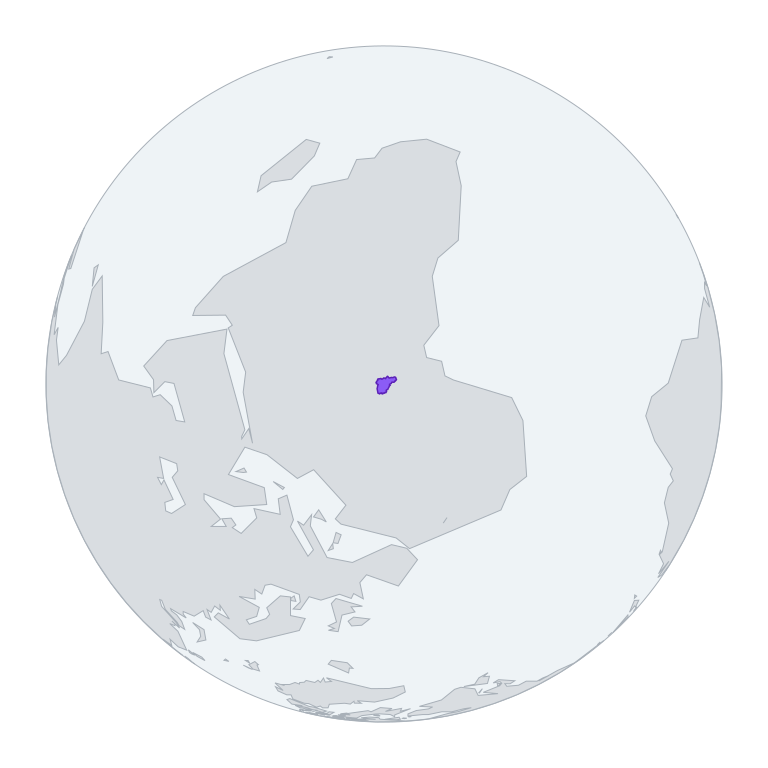 Borno on an orthographic globe, rotated 204°
{"feature_id": "NGA-2839", "entity_name": "Borno", "entity_type": "State", "adm_level": 1, "iso_a3": "NGA", "parent_name": "Nigeria", "parent_adm1": "", "projection": "orthographic", "projection_center": [13.296, 11.875], "detail": "fine", "context": "on_globe", "style": "filled", "palette": "violet", "viewbox_px": 768, "rotation_deg": 204, "n_neighbors": 0, "source": "natural_earth", "source_scale": "10m", "svg_char_len": 10763}
<svg xmlns="http://www.w3.org/2000/svg" viewBox="0 0 768 768"><g transform="rotate(204 384 384)"><circle cx="384" cy="384" r="338" fill="#eef3f6" stroke="#a8b0b8"/><path d="M277.3,63.4L279.1,62.8L267.3,67.1L268.8,67.1L261.0,70.0L268.9,67.7L275.7,65.1L281.4,63.4L283.0,63.5L273.3,66.9L271.1,67.3L269.1,68.4L263.6,70.3L267.2,69.4L255.3,74.2L269.1,69.8L261.4,74.0L253.0,77.1L251.2,76.2L227.3,84.9L218.2,89.6L207.1,96.2L191.8,108.8L182.8,115.0L172.6,123.8L178.7,120.0L188.9,112.0L197.7,108.2L209.1,100.0L214.3,97.7L227.1,90.4L227.9,92.4L221.7,98.8L211.2,105.3L208.2,108.7L220.5,103.9L203.0,118.7L195.3,133.8L190.4,138.2L177.0,142.5L171.3,137.8L153.9,147.5L167.9,142.7L155.6,155.4L154.7,158.5L157.0,159.3L162.7,155.3L159.1,160.5L143.8,166.1L146.9,161.4L151.7,159.4L148.9,157.8L138.6,163.5L133.2,170.4L123.3,174.8L119.3,180.1L114.9,184.7L121.9,175.6L109.1,192.7L96.6,206.7L78.9,239.1L93.0,212.2L106.0,191.9L120.5,172.5L136.3,154.1L153.4,137.0L171.7,121.1L191.0,106.6L211.4,93.5L232.6,81.9L254.6,71.8L277.3,63.4ZM50.7,328.2L49.9,334.2L52.5,322.6L55.2,318.6L51.6,337.9L56.0,322.3L55.5,333.5L63.0,340.0L61.5,343.8L67.3,372.7L79.5,389.5L82.3,405.2L80.3,413.2L85.9,418.1L86.0,423.9L113.5,442.1L131.9,461.3L134.3,481.3L124.7,500.4L129.6,545.2L116.0,553.8L121.8,571.1L127.1,593.1L117.7,586.6L129.9,601.5L132.5,607.1L129.0,604.8L136.6,613.7L134.4,611.8L141.7,619.4L145.4,623.2L127.0,603.5L110.4,582.3L95.4,559.8L82.3,536.3L68.0,503.2L62.8,488.8L60.4,481.3L54.3,458.2L49.9,434.7L47.2,410.9L46.1,387.1L46.7,363.2L46.9,361.3L49.7,334.4L49.9,333.2L50.7,328.2ZM73.7,250.2L73.9,249.9L67.3,272.2L66.2,270.5L67.3,268.2L70.0,260.0L73.3,251.2L73.7,250.2ZM81.9,234.8L82.6,232.5L82.5,233.5L81.9,234.8ZM225.8,89.9L226.3,90.1L223.7,91.3L225.8,89.9ZM230.7,86.7L227.2,88.0L229.0,86.7L231.1,86.0L230.7,86.7ZM234.7,85.7L232.7,84.4L236.0,82.3L246.9,78.0L234.7,85.7ZM277.2,64.3L270.0,67.0L274.6,64.9L277.2,64.3ZM292.1,58.8L291.8,58.9L293.3,58.5L306.5,55.1L308.1,54.8L301.2,56.7L293.3,58.7L300.3,57.1L278.8,63.4L283.0,61.5L292.1,58.8ZM284.1,62.6L284.3,62.1L294.2,59.1L295.6,59.6L291.9,60.4L284.1,62.6ZM322.6,51.7L323.0,51.6L309.1,54.6L308.6,54.6L322.6,51.7ZM290.5,61.1L296.0,60.1L292.8,61.7L284.6,63.0L290.5,61.1ZM296.1,58.3L300.9,57.0L298.7,57.8L296.1,58.3ZM284.2,68.2L284.2,67.0L289.4,65.2L284.2,68.2ZM298.4,59.7L299.5,59.1L301.5,58.5L304.4,58.3L298.4,59.7ZM313.0,53.9L313.2,54.1L319.0,52.6L322.3,52.3L312.4,54.5L318.1,53.5L319.2,53.4L309.9,55.4L313.0,53.9ZM313.5,56.3L302.0,60.0L300.9,62.2L296.2,63.7L298.9,59.9L313.5,56.3ZM312.2,55.5L311.9,56.2L306.3,57.4L303.0,57.6L312.2,55.5ZM328.2,51.5L325.6,51.3L327.8,50.9L328.2,51.5ZM314.2,56.6L317.0,55.8L314.8,56.6L314.2,56.6ZM325.2,52.6L323.9,52.5L326.5,52.0L325.2,52.6ZM323.5,54.5L319.8,55.5L317.4,55.6L323.5,54.5ZM325.2,53.4L329.0,52.8L318.8,55.0L324.2,53.4L325.2,53.4ZM327.8,52.2L329.0,51.9L328.0,52.4L327.8,52.2ZM334.6,54.3L322.3,57.0L317.1,56.8L329.7,54.1L334.6,54.3ZM182.9,655.5L182.4,655.0L185.3,657.0L186.3,658.0L182.9,655.6L182.9,655.5ZM697.7,258.3L701.7,269.3L705.5,279.8L712.7,305.4L717.8,331.5L716.7,324.9L712.2,311.1L716.7,335.8L720.3,352.6L721.6,368.4L721.8,374.3L721.3,370.4L719.2,350.6L717.5,345.1L714.2,323.8L705.4,294.8L704.7,303.2L701.1,290.9L688.9,269.2L685.7,281.0L683.2,319.5L689.0,351.8L685.4,368.1L666.0,326.1L654.7,296.6L649.3,301.4L628.0,279.8L595.8,285.4L589.8,278.2L584.1,283.2L568.8,277.7L559.1,266.1L550.6,268.3L576.1,299.1L585.2,297.0L590.7,282.5L596.3,294.2L610.8,302.7L599.9,335.4L549.8,370.3L542.6,346.6L492.5,285.6L492.7,278.2L492.4,277.4L491.6,276.0L489.4,288.2L480.0,276.4L509.3,319.2L515.2,338.6L549.1,371.9L546.5,376.0L556.7,382.5L586.6,368.8L587.3,377.0L574.6,416.9L531.1,473.3L535.7,506.5L530.4,535.3L500.5,556.8L500.3,577.9L484.5,586.7L481.7,598.6L467.4,612.0L444.6,625.0L408.8,626.9L408.7,616.5L394.1,596.5L374.6,545.5L386.0,521.0L383.7,502.0L357.5,459.7L363.4,435.6L355.8,425.5L340.6,428.2L331.6,416.2L322.2,415.9L261.8,423.5L242.2,407.1L216.1,357.6L226.1,338.8L225.9,316.5L293.7,244.0L310.3,248.3L366.3,238.5L373.6,241.0L369.5,257.8L413.4,277.1L424.7,262.5L462.1,271.8L485.4,269.7L489.3,238.0L451.2,240.6L442.1,226.2L470.8,211.1L503.8,210.6L501.3,205.1L478.4,194.1L483.9,183.6L470.2,189.7L477.3,194.9L469.0,199.3L462.0,195.0L464.2,191.1L453.7,189.4L445.8,209.9L452.1,217.3L425.8,222.7L433.9,236.1L427.5,243.0L411.5,223.1L411.4,215.5L383.4,195.7L381.0,203.8L407.3,223.6L400.0,222.3L397.0,235.2L393.6,224.4L365.4,202.3L340.3,208.1L311.8,240.3L296.4,243.2L281.9,237.1L288.7,205.3L322.4,202.6L325.3,192.8L315.5,179.3L326.5,180.2L326.7,174.8L339.1,173.8L353.7,160.9L365.9,159.2L368.8,143.9L375.5,141.5L371.8,150.9L375.8,157.3L405.8,155.2L410.8,151.8L410.2,142.4L418.5,143.8L414.2,135.1L430.0,131.0L407.1,129.2L405.8,119.9L413.8,112.6L409.3,109.7L396.3,121.8L394.8,127.1L400.1,131.9L392.5,148.3L382.8,151.4L375.2,134.4L360.6,137.7L361.1,124.4L396.0,97.5L412.0,92.7L444.3,102.2L442.3,107.5L429.6,106.4L443.9,115.2L441.5,110.7L448.4,112.3L449.0,105.1L453.9,106.0L446.0,98.1L452.1,98.5L457.0,103.4L463.0,94.7L474.9,94.5L473.9,92.2L469.5,89.8L487.6,92.0L486.0,90.3L479.5,88.8L472.2,84.8L466.3,78.8L472.9,79.9L475.9,82.1L492.1,89.2L499.1,96.0L501.2,95.9L496.7,90.4L476.9,81.6L471.5,77.9L481.3,81.2L477.3,79.7L476.7,78.2L482.3,78.0L471.7,74.3L456.0,60.6L465.1,60.2L475.6,63.8L471.6,58.9L482.2,61.0L476.2,59.3L470.2,57.3L466.7,56.5L463.4,55.6L459.4,54.6L483.6,61.1L507.3,69.4L530.3,79.4L552.5,91.1L573.7,104.4L593.9,119.2L613.0,135.5L630.8,153.2L647.2,172.1L662.2,192.2L675.7,213.3L687.5,235.4L697.7,258.3ZM273.3,281.0L272.1,287.6L273.3,281.0ZM541.0,226.9L559.3,226.1L546.9,208.1L552.9,206.6L546.5,201.5L546.0,206.9L529.7,192.8L536.1,186.7L531.8,179.3L525.4,179.3L516.4,193.1L539.5,212.6L537.1,220.8L541.0,226.9ZM63.4,340.0L63.8,344.6L62.3,343.5L63.4,340.0ZM63.6,277.6L63.4,279.4L62.4,283.0L62.1,282.9L63.6,277.6ZM68.1,290.0L69.1,293.3L66.9,293.0L68.1,290.0ZM66.9,275.4L67.2,288.1L63.3,290.1L63.5,282.5L64.8,283.2L66.9,275.4ZM76.8,244.6L76.1,246.8L74.7,249.8L76.8,244.6ZM81.8,235.7L81.7,235.6L83.1,232.5L81.8,235.7ZM156.5,155.0L157.6,154.7L158.8,156.5L155.9,157.8L156.5,155.0ZM177.8,154.2L171.5,162.6L174.0,157.1L168.8,159.9L167.7,152.5L188.0,140.1L179.0,146.7L177.8,154.2ZM171.8,140.5L170.2,145.7L171.1,140.6L171.8,140.5ZM315.2,149.8L320.3,152.7L316.9,158.7L301.5,163.5L306.2,154.6L315.2,149.8ZM328.4,155.8L325.2,139.1L334.6,136.4L329.9,140.5L336.5,140.4L330.6,147.3L342.8,162.0L340.6,168.5L313.3,172.2L323.4,167.0L317.8,164.0L328.4,155.8ZM300.1,110.4L298.8,105.6L321.0,105.4L319.7,110.1L304.2,114.4L296.7,111.6L300.1,110.4ZM254.4,79.3L252.5,79.2L255.2,78.0L259.0,77.1L254.4,79.3ZM283.8,67.8L265.7,79.1L262.5,79.3L255.7,86.9L244.7,90.8L249.5,85.5L236.0,94.8L235.9,91.7L227.7,98.2L239.6,86.1L239.0,84.4L243.8,84.6L253.8,80.9L258.0,78.8L269.4,72.0L273.2,67.6L283.7,64.1L290.2,62.9L290.9,63.4L283.8,65.3L289.9,64.6L280.2,67.9L283.8,67.8ZM360.0,63.3L351.5,63.0L362.0,66.6L352.3,68.1L354.1,68.4L348.1,71.0L343.9,75.1L339.2,75.5L339.6,77.0L335.6,79.1L334.6,81.5L325.8,83.2L323.8,86.5L320.7,85.5L319.7,90.8L316.5,87.8L311.0,90.9L317.1,92.2L271.7,100.5L255.3,108.0L243.2,116.4L239.3,111.3L248.0,100.8L263.2,89.6L279.6,83.8L274.9,83.1L281.3,80.4L282.4,82.0L284.6,77.9L290.2,76.3L303.7,69.2L303.4,65.4L308.4,63.2L311.3,63.9L314.1,61.3L322.9,61.4L326.7,60.0L339.1,59.2L342.5,62.2L346.4,60.5L356.0,60.5L360.0,63.3ZM338.0,54.1L344.3,56.2L342.1,58.3L321.4,59.0L316.8,60.2L303.5,61.8L306.9,58.9L310.4,58.6L314.6,57.7L311.8,58.9L317.2,57.4L322.2,57.1L327.7,56.0L328.2,56.8L338.0,54.1ZM380.6,234.5L386.1,235.0L394.3,233.9L392.5,242.5L380.6,234.5ZM361.2,219.6L365.9,218.3L367.4,228.9L361.8,228.8L361.2,219.6ZM367.2,209.2L366.0,217.4L363.3,212.9L367.2,209.2ZM376.1,149.6L381.0,148.3L382.0,150.4L379.9,153.9L376.1,149.6ZM389.1,77.9L384.6,76.5L385.7,75.6L381.0,71.2L387.8,70.3L393.3,72.6L389.1,77.9ZM483.6,243.8L477.7,250.3L473.8,247.6L476.6,245.9L483.6,243.8ZM433.6,246.5L445.6,249.8L432.9,248.9L433.6,246.5ZM395.7,76.1L393.0,74.3L398.1,75.1L395.7,76.1ZM392.5,69.5L398.2,69.9L388.0,69.7L392.5,69.5ZM568.4,658.1L567.2,660.7L563.7,662.0L568.4,658.1ZM581.0,524.3L554.5,575.8L540.6,577.9L540.4,564.0L551.8,533.5L568.8,522.8L577.8,508.1L581.0,524.3ZM721.2,405.6L721.3,402.5L717.1,362.1L718.8,360.8L721.9,381.2L721.2,405.6ZM690.2,354.5L696.1,372.2L693.5,376.6L690.2,354.5ZM449.8,72.3L448.8,78.9L452.6,84.5L461.8,88.3L448.5,86.4L442.6,77.7L449.8,72.3ZM454.6,61.6L446.5,59.3L450.1,59.2L452.5,59.7L454.6,61.6ZM449.6,61.0L439.4,60.4L435.0,58.5L443.9,59.2L449.6,61.0ZM417.8,66.5L417.0,68.3L412.9,67.5L417.8,66.5ZM461.7,55.3L457.3,54.2L458.4,54.4L461.7,55.3ZM445.7,51.8L447.4,52.2L442.8,51.3L445.7,51.8ZM451.8,53.7L446.8,52.2L455.5,54.4L451.8,53.7Z" fill="#d9dde1" stroke="#a8b0b8" stroke-width="1"/><path d="M385.8,373.2L387.1,375.1L388.4,376.9L388.7,378.5L389.1,380.0L389.1,380.5L389.1,380.9L389.1,381.0L389.3,381.1L390.5,381.2L390.9,381.3L391.0,381.3L391.0,381.5L391.3,381.7L391.3,381.8L391.2,381.8L391.3,381.9L391.5,382.0L391.8,382.1L391.9,382.3L391.7,382.5L391.6,382.9L391.7,383.0L391.7,383.4L391.7,383.5L391.6,383.9L391.5,384.5L391.4,384.6L391.2,384.9L391.2,385.0L391.3,385.1L391.5,385.2L391.6,385.3L391.7,385.5L391.7,385.8L391.6,386.0L391.4,386.3L391.1,386.4L391.0,386.5L390.8,386.6L390.7,386.7L390.3,386.8L390.2,386.9L389.7,387.4L389.4,387.4L389.3,387.6L389.2,387.7L388.9,387.8L388.4,387.6L388.2,387.5L387.8,387.7L387.5,387.9L387.3,388.2L387.2,388.4L387.1,388.7L387.0,388.8L386.8,388.9L386.7,389.0L386.7,389.4L386.6,389.5L386.3,389.5L385.5,389.7L385.3,389.7L385.1,389.6L384.9,389.5L384.7,389.6L384.7,389.9L384.7,390.3L384.6,390.7L384.3,391.5L384.1,392.3L383.8,392.5L383.4,392.4L383.1,392.2L382.7,391.9L382.3,391.7L381.8,391.6L381.4,391.7L381.1,392.1L380.7,392.4L380.3,392.5L380.2,392.7L380.1,392.9L379.7,393.1L379.2,393.2L378.8,393.3L378.4,393.5L377.8,394.3L377.1,394.8L376.2,394.8L375.7,394.5L375.4,393.9L375.1,393.7L374.9,393.6L374.7,393.5L374.5,393.3L374.4,393.0L374.4,392.7L374.8,392.0L374.8,391.5L375.0,391.5L375.2,391.3L375.3,391.1L375.4,390.9L375.3,390.4L375.4,390.0L375.7,389.6L377.1,389.1L377.5,388.9L377.6,388.5L377.6,388.0L377.6,387.5L377.8,387.3L377.9,387.1L378.2,386.7L378.8,386.0L378.7,385.7L378.5,385.3L378.2,385.3L377.9,385.2L378.3,384.3L378.3,384.1L378.2,383.5L378.4,381.5L378.3,380.6L379.0,380.0L379.2,379.6L379.4,379.3L379.3,378.9L379.0,378.7L378.7,378.4L378.6,378.0L378.8,376.9L379.1,376.9L379.2,377.0L379.3,377.0L379.4,376.9L379.4,376.6L379.5,376.5L379.7,376.4L379.7,376.2L379.8,376.0L379.8,375.9L380.0,375.7L380.3,375.6L380.5,375.7L380.8,375.4L381.0,375.2L381.3,375.0L381.3,374.9L381.5,374.7L381.4,374.5L381.5,374.5L381.6,374.4L381.8,374.5L382.0,374.4L382.5,374.2L382.8,374.1L382.7,374.2L382.8,374.2L383.0,374.2L383.0,374.3L383.1,374.2L383.2,374.3L383.3,374.2L383.5,374.2L383.7,373.9L383.8,373.9L383.8,373.7L384.1,373.4L384.1,373.2L384.4,373.2L385.8,373.2Z" fill="#8b5cf6" stroke="#5b21b6" stroke-width="1.5"/></g></svg>